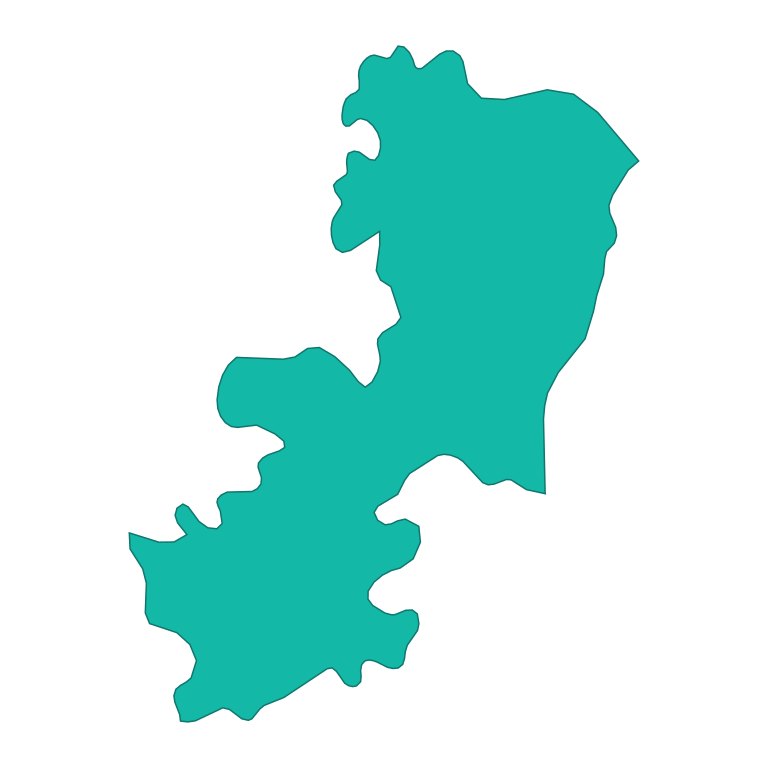 Catania, Equal Earth projection
{"feature_id": "ITA-5413", "entity_name": "Catania", "entity_type": "Province", "adm_level": 1, "iso_a3": "ITA", "parent_name": "Italy", "parent_adm1": "", "projection": "equal_earth", "projection_center": [14.756, 37.507], "detail": "fine", "context": "isolated", "style": "filled", "palette": "teal", "viewbox_px": 768, "rotation_deg": 0, "n_neighbors": 0, "source": "natural_earth", "source_scale": "10m", "svg_char_len": 3028}
<svg xmlns="http://www.w3.org/2000/svg" viewBox="0 0 768 768"><path d="M638.7,161.0L628.2,170.0L612.5,195.3L608.9,205.4L609.8,213.3L615.7,227.4L616.6,235.8L614.3,243.2L606.5,251.6L604.8,258.7L603.5,274.0L596.7,295.7L593.4,311.6L585.1,338.8L558.3,372.4L547.5,393.1L544.7,405.6L543.5,419.0L545.1,492.4L545.3,493.7L526.4,489.6L511.0,479.8L506.4,479.5L494.0,484.1L488.3,484.8L482.8,482.7L463.0,461.4L457.7,457.8L450.5,455.1L444.0,454.3L437.7,455.5L409.6,473.5L404.6,480.4L397.7,494.3L377.8,506.2L374.1,512.5L377.6,520.2L385.1,524.8L391.3,523.9L397.5,520.9L405.2,519.1L418.8,526.3L420.4,542.2L413.2,558.8L400.2,568.0L391.4,570.5L382.3,575.2L374.0,582.1L368.1,591.2L368.0,599.1L372.7,605.5L385.0,613.1L392.0,614.9L395.4,614.5L405.7,610.3L412.3,610.0L417.3,613.9L418.9,623.7L417.5,630.5L407.3,645.2L405.3,651.7L404.5,658.6L402.7,664.4L398.2,668.0L393.0,668.5L387.5,667.3L377.4,662.2L373.4,660.7L369.0,660.0L364.9,660.9L361.7,664.5L360.6,670.5L361.1,676.5L360.6,681.7L356.5,685.9L352.6,686.6L348.5,685.6L344.7,683.2L336.5,671.4L332.2,667.9L327.2,668.7L284.0,697.4L264.2,705.4L259.9,708.9L251.9,718.8L248.4,720.3L241.8,718.8L229.6,709.5L222.8,707.8L195.4,720.8L188.0,721.9L180.5,721.1L179.7,714.6L174.9,702.2L173.9,695.8L175.9,689.3L180.5,685.4L186.1,682.2L191.1,678.0L196.5,660.6L189.9,644.5L176.8,632.6L149.6,623.6L145.3,612.9L146.4,583.2L142.7,568.8L130.1,549.0L129.3,532.9L158.8,542.2L174.0,542.0L186.9,534.6L177.6,522.8L175.1,515.3L177.0,508.2L182.9,504.1L188.2,506.9L199.1,521.6L207.8,527.8L216.8,528.8L222.2,523.5L220.3,510.9L218.1,506.1L217.0,502.2L217.8,498.7L221.3,495.0L227.2,492.1L252.1,491.5L257.3,488.7L261.0,483.9L261.5,477.7L258.1,467.3L258.5,463.0L262.6,458.1L267.9,454.9L279.3,450.9L284.7,447.4L283.9,441.2L275.0,433.9L256.6,425.1L237.4,427.4L231.3,426.5L225.3,422.6L220.6,416.3L217.8,408.4L217.1,399.7L218.8,386.8L222.6,375.1L228.4,365.0L236.5,357.4L283.3,359.2L295.0,357.0L307.5,348.5L319.3,347.5L334.8,356.7L349.4,370.1L358.3,381.7L365.2,387.2L372.1,382.0L377.7,371.6L380.3,361.5L379.9,355.6L377.5,344.0L377.9,338.9L382.5,332.7L396.1,324.2L400.9,317.4L390.9,286.7L380.6,280.1L376.3,270.6L379.8,244.6L379.6,231.3L350.5,250.4L342.4,252.4L336.0,248.7L333.1,242.7L331.5,235.7L331.2,228.5L332.3,221.4L333.6,218.0L341.9,204.7L341.3,200.2L335.3,191.7L333.6,185.2L336.9,181.1L346.3,174.6L347.2,172.7L347.4,171.0L346.7,163.4L346.7,160.1L347.3,156.7L348.4,153.3L354.1,151.1L359.4,152.2L369.4,159.4L374.8,160.3L378.6,155.5L380.5,147.9L380.4,140.6L377.7,132.7L372.9,125.5L366.9,120.3L360.5,118.5L357.3,119.5L349.4,125.9L345.7,126.1L343.3,123.8L342.2,119.8L342.0,115.2L343.2,106.7L344.5,102.7L346.1,99.0L350.7,94.8L355.7,92.6L359.2,89.3L359.3,81.4L358.6,75.8L359.0,70.7L360.6,66.0L363.6,61.5L366.9,58.1L370.5,55.9L374.3,55.1L387.0,58.6L390.6,57.2L398.1,46.1L403.9,47.0L409.3,52.4L412.8,59.4L414.5,65.2L415.8,67.5L418.0,68.8L421.9,68.4L439.6,54.2L446.3,51.0L453.1,51.0L459.8,55.6L462.9,61.4L467.6,83.7L481.4,98.2L504.5,99.5L547.2,89.8L573.6,94.2L597.7,112.4L638.7,161.0Z" fill="#14b8a6" stroke="#0f766e" stroke-width="1.5"/></svg>